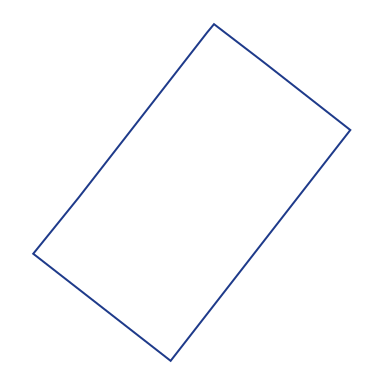 the district of McMullen, Texas, United States of America, rotated 38°
{"feature_id": "52423323B61214192740744", "entity_name": "McMullen", "entity_type": "district", "adm_level": 2, "iso_a3": "USA", "parent_name": "United States of America", "parent_adm1": "Texas", "projection": "equal_earth", "projection_center": [-98.627, 28.353], "detail": "fine", "context": "isolated", "style": "outline", "palette": "blue", "viewbox_px": 384, "rotation_deg": 38, "n_neighbors": 0, "source": "geoboundaries", "source_scale": "gbopen_adm2", "svg_char_len": 267}
<svg xmlns="http://www.w3.org/2000/svg" viewBox="0 0 384 384"><g transform="rotate(38 192 192)"><path d="M106.0,46.2L105.7,57.0L106.1,266.5L104.9,338.4L279.1,338.2L278.6,63.3L278.6,45.7L168.4,45.6L106.0,46.2Z" fill="none" stroke="#1e3a8a" stroke-width="2"/></g></svg>